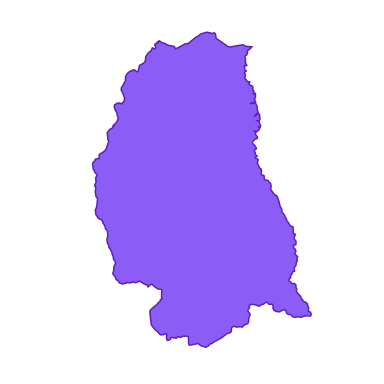 the district of Ilebo, Kasaï-Occidental, Democratic Republic of the Congo, rotated 171°
{"feature_id": "63176286B19501088760626", "entity_name": "Ilebo", "entity_type": "district", "adm_level": 2, "iso_a3": "COD", "parent_name": "Democratic Republic of the Congo", "parent_adm1": "Kasaï-Occidental", "projection": "mercator", "projection_center": [20.49, -5.056], "detail": "fine", "context": "isolated", "style": "filled", "palette": "violet", "viewbox_px": 384, "rotation_deg": 171, "n_neighbors": 0, "source": "geoboundaries", "source_scale": "gbopen_adm2", "svg_char_len": 5995}
<svg xmlns="http://www.w3.org/2000/svg" viewBox="0 0 384 384"><g transform="rotate(171 192 192)"><path d="M110.1,326.0L116.1,327.5L117.9,329.0L119.2,329.5L130.8,329.3L132.3,329.3L133.7,330.0L144.1,340.0L144.1,344.7L145.1,345.7L147.3,345.5L152.2,347.5L157.6,346.9L159.7,346.3L160.6,345.4L163.7,344.4L172.2,339.5L176.2,339.2L181.9,337.1L186.0,336.0L186.6,338.4L187.5,338.6L188.7,339.4L190.7,339.8L194.3,341.8L195.6,343.1L198.2,344.1L200.6,346.4L203.0,345.5L203.0,345.1L201.7,345.0L202.0,344.6L205.2,344.1L205.8,342.6L205.1,340.6L205.4,339.7L206.7,339.2L208.3,340.5L208.7,340.5L210.6,337.5L212.0,337.2L213.9,335.8L216.5,332.9L217.4,329.2L218.4,327.8L219.9,326.7L223.5,325.5L224.3,324.9L225.9,320.5L227.0,319.5L227.9,319.5L229.8,321.7L231.0,321.8L233.2,320.9L234.6,321.0L236.1,319.7L237.2,319.5L239.7,316.2L240.3,312.4L244.1,307.4L245.2,306.4L245.7,305.1L246.0,303.6L245.4,302.2L245.3,301.0L244.8,300.2L243.9,295.7L244.8,292.3L246.7,291.0L246.9,290.1L247.9,290.2L249.6,291.3L250.4,291.1L252.2,291.5L252.8,290.9L254.9,290.2L255.5,288.1L254.9,284.8L253.6,281.2L254.0,279.5L253.2,276.7L253.7,275.6L255.3,273.1L257.1,271.4L258.6,270.7L258.9,269.4L259.4,269.9L260.7,267.6L263.6,266.7L266.5,263.8L266.8,256.5L266.3,255.2L266.8,253.8L267.9,252.3L269.8,248.3L271.9,246.2L274.8,244.7L276.8,244.2L277.9,243.1L278.4,239.9L282.6,239.4L282.5,238.5L284.9,236.8L285.8,235.4L285.9,230.3L284.5,225.9L283.1,224.2L283.2,223.6L284.9,221.0L285.3,216.6L286.1,215.5L286.2,214.9L287.0,214.2L287.2,213.6L286.3,210.9L287.5,207.6L287.6,203.7L287.4,202.3L286.4,200.4L286.5,199.6L288.2,193.0L288.8,192.2L289.1,190.8L290.3,189.6L290.5,184.8L288.5,180.5L285.9,178.9L285.1,177.8L284.9,175.5L283.4,172.2L283.2,169.0L282.5,168.5L281.5,166.4L282.2,161.7L283.5,158.3L283.5,154.5L282.6,152.6L282.8,150.4L281.6,148.1L280.7,145.2L280.5,142.3L279.9,140.9L280.1,139.0L279.9,137.6L278.7,135.2L278.7,133.7L279.4,132.3L280.9,130.6L281.7,126.5L282.9,124.3L282.8,122.8L281.3,120.8L280.7,117.8L279.9,116.7L279.0,116.3L278.4,114.3L277.7,113.4L274.9,112.0L273.6,112.1L273.0,112.5L271.5,112.2L270.2,112.7L268.3,112.1L266.3,111.9L264.5,112.5L263.3,111.6L261.3,111.4L259.9,111.5L258.7,112.2L257.4,112.0L253.7,108.7L250.7,107.0L250.4,106.5L250.5,105.4L250.1,105.3L249.5,106.1L248.6,106.0L247.6,107.1L246.9,107.3L245.7,106.8L242.9,103.4L242.0,102.9L241.6,102.1L240.8,101.5L238.9,101.2L236.9,100.0L237.7,97.6L238.6,92.5L238.2,91.3L240.1,90.6L240.7,88.9L243.3,87.5L244.2,86.1L245.9,85.6L251.8,81.8L252.4,79.9L252.9,70.2L252.9,67.8L252.6,66.3L249.8,61.4L248.1,59.7L246.2,56.7L245.1,55.8L243.0,55.5L240.1,56.0L239.4,55.8L239.3,54.7L240.0,52.3L239.8,49.5L239.2,49.2L237.1,49.5L236.5,49.9L235.7,51.4L233.8,51.2L233.1,50.8L231.9,50.9L231.2,50.2L230.4,50.1L228.9,51.4L227.0,50.4L225.4,50.4L223.0,51.0L222.2,50.6L221.4,50.8L220.3,50.6L218.2,49.5L219.1,42.6L218.8,41.3L217.8,41.0L209.7,41.4L207.2,38.7L202.6,36.5L199.5,37.6L198.1,39.1L195.7,39.2L194.9,40.0L185.2,43.5L179.9,46.5L176.0,47.2L175.0,48.2L174.1,51.8L173.1,52.5L171.4,52.7L169.0,51.5L165.4,51.5L163.3,50.6L162.0,52.1L160.8,52.4L160.3,52.9L158.2,53.0L157.3,53.4L156.3,55.5L155.3,59.2L154.1,61.0L153.7,62.3L155.5,65.8L155.2,66.6L153.1,69.0L153.7,70.1L153.4,70.6L151.8,71.6L149.5,71.5L147.2,70.7L143.7,68.8L142.6,68.9L141.4,69.9L138.9,70.1L136.0,71.6L134.9,71.3L133.9,69.4L133.2,69.0L130.2,68.5L129.6,66.1L130.2,64.7L129.7,62.4L127.0,60.6L124.1,59.9L121.2,61.3L120.3,61.1L119.1,61.2L118.5,60.9L117.8,60.1L117.5,57.4L116.7,56.5L115.8,56.0L114.0,55.7L113.2,55.1L112.6,53.6L110.5,52.1L107.3,52.2L106.0,52.0L104.3,51.2L100.5,51.8L97.5,51.7L94.4,50.9L93.5,52.2L93.6,54.5L94.4,55.3L95.4,55.6L95.7,56.2L94.9,59.3L95.4,61.2L95.4,63.2L96.1,64.5L96.9,65.4L98.8,66.3L99.3,67.1L99.7,68.4L100.6,69.5L101.1,72.2L103.4,75.3L104.5,78.1L103.6,79.8L104.3,82.0L103.9,83.8L104.3,84.8L105.6,85.7L107.4,85.8L108.4,87.3L110.1,88.9L110.2,90.1L109.2,91.1L108.1,91.7L107.8,93.8L106.2,95.3L104.9,97.6L103.1,97.7L102.9,100.7L102.3,101.9L100.9,103.1L100.1,105.5L98.8,107.5L99.1,108.7L97.8,111.7L99.6,114.0L100.1,115.2L98.8,116.8L98.6,117.6L99.3,119.8L100.4,120.9L100.1,123.0L99.6,123.5L97.8,123.7L97.4,124.2L97.5,125.1L96.9,126.9L98.2,129.4L98.4,130.6L97.8,132.0L96.5,133.5L96.7,134.1L98.5,135.6L98.1,137.0L97.7,141.8L100.1,143.0L101.8,147.2L103.1,149.1L102.9,150.2L104.1,153.5L104.1,154.6L106.2,158.0L106.1,161.5L107.2,164.1L107.6,169.1L108.5,174.2L109.2,175.3L111.1,176.6L111.5,177.7L113.6,181.6L113.8,182.8L113.0,185.0L113.0,188.1L114.2,189.6L115.0,191.4L117.4,192.3L118.2,193.0L118.5,194.1L118.2,196.5L118.4,197.1L120.2,197.9L120.7,198.7L120.8,199.5L120.0,202.1L120.2,203.9L121.5,205.3L122.9,210.2L121.7,213.6L121.9,214.1L123.9,215.7L124.0,216.2L123.9,216.6L122.1,217.2L123.6,219.4L123.3,220.7L123.8,221.8L123.8,223.2L123.0,224.1L121.6,224.6L121.5,225.4L122.3,226.5L122.6,228.1L124.3,229.9L124.7,231.2L123.9,232.6L121.0,234.6L119.7,234.4L119.0,234.9L118.7,236.4L120.5,239.1L119.5,240.6L119.9,241.3L121.0,242.3L120.5,242.4L119.4,241.5L118.0,241.7L116.2,242.8L114.7,245.1L115.8,245.2L116.2,245.8L114.2,245.9L113.9,246.4L114.8,251.1L116.2,252.1L114.5,252.0L114.0,252.4L113.3,253.9L113.5,255.2L113.1,257.4L113.5,258.6L114.0,259.0L115.0,259.0L117.7,257.3L118.2,257.4L118.0,257.8L117.0,258.2L115.7,259.5L114.3,259.7L114.1,260.1L114.7,263.4L114.3,266.5L115.1,269.1L115.8,270.1L117.5,269.9L120.1,270.3L119.7,270.7L117.4,270.8L115.2,270.4L114.9,270.9L115.4,271.8L115.4,273.4L116.0,274.5L114.9,275.2L114.4,276.0L113.9,279.3L114.0,279.7L114.6,279.6L115.5,278.9L115.9,279.1L115.9,280.1L115.0,282.1L116.1,283.0L115.7,284.6L115.8,285.1L115.4,286.0L115.7,287.1L117.3,288.1L119.0,289.9L117.7,291.6L117.9,291.9L119.1,291.9L120.6,293.2L120.7,294.2L122.3,295.9L120.8,299.4L121.5,301.5L121.1,302.2L119.6,302.9L119.6,303.4L120.6,304.6L120.7,308.2L120.4,308.6L119.7,308.6L118.9,308.1L118.2,308.3L118.0,308.7L118.8,310.1L118.7,311.8L119.0,312.9L118.6,313.4L118.8,314.0L118.2,314.8L118.7,317.1L117.8,318.5L116.8,318.6L115.9,319.8L115.2,321.4L115.6,322.1L114.7,323.1L113.0,323.8L110.1,326.0Z" fill="#8b5cf6" stroke="#5b21b6" stroke-width="1.5"/></g></svg>